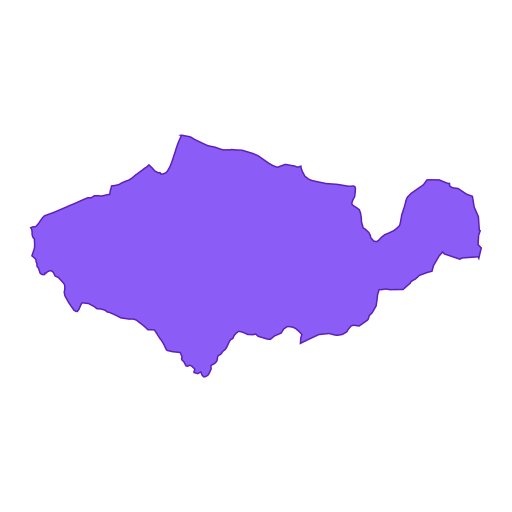 the district of Hulu Sungai Tengah, Kalimantan Selatan, Indonesia
{"feature_id": "22746128B20472072190374", "entity_name": "Hulu Sungai Tengah", "entity_type": "district", "adm_level": 2, "iso_a3": "IDN", "parent_name": "Indonesia", "parent_adm1": "Kalimantan Selatan", "projection": "natural_earth1", "projection_center": [115.446, -2.611], "detail": "fine", "context": "isolated", "style": "filled", "palette": "violet", "viewbox_px": 512, "rotation_deg": 0, "n_neighbors": 0, "source": "geoboundaries", "source_scale": "gbopen_adm2", "svg_char_len": 5160}
<svg xmlns="http://www.w3.org/2000/svg" viewBox="0 0 512 512"><path d="M180.9,135.3L181.4,135.5L179.8,139.1L178.2,142.7L177.1,145.8L176.5,147.6L176.2,148.5L175.4,151.1L172.5,160.0L171.2,163.6L170.7,164.7L170.2,166.2L167.2,171.6L166.2,172.4L165.9,172.6L165.6,172.8L164.0,173.7L162.6,174.0L161.8,174.0L160.9,174.2L160.3,172.9L159.9,172.7L159.1,172.7L157.9,172.8L157.0,172.1L156.9,172.0L156.6,172.0L156.4,171.8L155.5,171.4L154.8,170.9L153.9,170.0L153.5,169.5L152.1,167.9L148.9,164.9L146.8,166.9L144.4,168.4L141.9,170.4L139.0,172.5L137.0,174.1L136.0,174.6L132.3,177.8L128.9,180.1L125.9,181.1L121.9,182.8L118.9,184.6L114.3,185.6L111.6,185.9L111.1,187.9L110.8,189.0L110.4,190.2L110.2,191.0L109.8,194.3L108.9,194.5L106.8,194.8L104.0,195.5L100.8,196.1L99.4,195.8L97.7,195.7L96.9,195.7L94.2,195.8L93.2,196.5L91.5,197.6L89.9,197.8L88.0,197.7L84.0,199.3L74.9,203.4L70.0,205.4L66.4,207.0L54.3,212.2L44.5,215.8L43.5,216.8L43.2,217.1L42.4,217.8L42.3,218.1L41.3,219.5L40.3,220.8L39.4,222.2L38.9,223.1L38.3,223.8L37.9,224.2L36.7,225.7L35.8,226.5L34.0,226.9L33.0,226.8L31.7,227.3L30.7,227.7L31.1,228.3L31.8,229.9L32.1,232.0L32.1,234.6L32.7,236.6L33.2,237.8L34.3,238.7L34.6,243.5L34.6,245.6L34.6,246.6L34.6,246.9L34.5,247.5L34.3,248.8L33.4,251.4L31.9,255.8L32.0,255.9L34.2,257.7L35.8,259.3L36.2,262.1L36.8,263.1L37.1,266.6L38.3,267.7L38.4,268.1L38.7,268.9L39.0,269.7L40.1,273.1L40.7,273.6L40.9,273.8L41.6,274.2L42.4,274.6L43.3,274.6L44.0,274.5L44.5,274.5L44.5,274.4L44.8,274.4L44.8,273.4L45.3,272.8L46.3,273.0L47.3,271.8L49.2,271.0L51.0,270.6L53.3,272.3L55.1,276.0L57.7,277.2L58.3,277.4L62.8,282.3L64.0,283.7L64.7,285.4L64.8,287.4L64.8,288.8L64.5,290.8L64.2,292.4L64.3,292.9L64.8,295.0L64.9,295.8L68.8,302.8L74.0,310.3L76.1,311.4L77.3,311.5L78.9,309.4L81.4,303.7L82.3,302.8L88.2,303.5L88.5,303.5L94.8,306.9L96.6,308.6L101.3,309.1L103.3,309.6L105.5,310.5L106.9,311.8L107.9,312.1L109.5,312.4L111.6,313.4L113.5,314.1L114.0,314.4L116.2,315.4L120.9,317.9L125.9,318.6L129.3,319.1L131.8,319.0L133.9,319.2L134.0,319.2L136.5,320.2L139.8,322.8L141.6,324.1L144.5,326.5L147.9,329.7L153.3,329.8L154.6,330.2L159.9,338.5L161.4,340.3L163.7,344.1L163.8,344.3L166.3,349.7L166.4,349.8L167.4,350.5L172.6,351.7L172.8,351.7L180.2,352.5L182.1,356.9L181.9,357.5L181.7,358.0L181.6,358.9L181.8,359.8L183.1,361.0L184.2,362.3L185.8,365.6L186.2,365.9L187.3,366.3L188.3,365.9L188.5,365.8L189.0,365.5L190.3,365.4L191.8,366.2L194.8,369.1L194.7,369.7L194.4,370.7L194.1,371.4L193.9,372.0L194.1,372.6L194.6,372.7L196.1,373.1L197.4,373.6L197.6,373.6L200.9,372.0L202.0,375.0L203.6,376.8L205.0,376.8L206.0,376.3L207.7,375.4L209.1,373.5L210.2,371.0L211.1,369.1L211.0,367.1L210.9,366.3L211.0,365.8L211.1,365.6L212.0,364.8L213.4,364.2L214.3,363.6L215.4,362.8L216.4,361.6L217.0,360.5L217.4,359.0L217.4,357.8L217.4,357.6L218.2,355.6L219.4,355.0L220.8,354.2L223.1,351.1L223.7,350.6L225.1,349.6L226.7,347.3L229.3,341.6L229.9,340.6L230.9,339.4L232.1,339.0L233.0,338.2L234.2,335.4L236.2,333.2L238.5,331.4L240.2,331.6L241.6,331.9L243.9,332.7L247.8,334.5L250.6,334.6L253.2,334.7L253.8,334.5L255.7,334.0L258.1,336.3L267.4,339.1L270.4,339.3L274.7,335.8L281.1,333.1L283.8,328.9L287.3,326.6L289.1,326.6L292.4,327.1L295.3,328.3L297.4,330.0L299.6,332.0L300.8,333.4L301.2,333.7L301.9,334.4L300.9,337.5L300.4,343.4L308.9,339.2L318.7,334.6L324.0,334.0L329.2,333.5L334.3,334.9L337.0,335.3L341.2,334.7L343.1,334.1L346.8,331.8L348.2,329.4L351.2,325.9L353.8,325.2L359.1,326.0L367.4,320.2L368.4,318.8L369.2,315.7L372.2,312.7L376.1,305.9L376.9,300.7L377.5,295.0L379.1,289.7L381.6,289.6L383.2,289.4L384.6,289.2L385.5,289.0L390.5,289.7L392.7,289.6L393.0,289.6L403.0,289.5L406.6,286.3L410.2,283.2L411.0,281.6L412.0,281.0L412.1,280.8L415.5,279.0L416.7,277.8L416.8,277.7L417.0,277.6L417.5,277.2L417.7,276.9L418.4,276.3L419.3,275.4L427.2,272.5L432.0,271.2L433.5,265.6L439.2,255.8L442.7,252.0L444.3,253.9L459.8,259.2L462.4,257.8L463.0,257.9L478.1,256.8L478.8,258.3L480.4,251.5L481.3,248.0L478.1,244.6L478.6,235.4L480.2,230.7L479.3,230.1L478.4,216.7L474.2,207.1L472.4,196.3L466.4,194.1L458.1,188.5L452.6,187.8L449.7,186.1L449.5,183.4L448.0,183.5L439.2,179.9L429.2,179.8L427.0,179.9L425.0,182.6L424.9,182.8L423.7,184.4L422.1,185.8L420.5,186.8L418.8,188.0L416.5,189.6L411.1,193.4L407.3,197.3L405.8,200.9L405.5,202.7L405.1,204.2L404.6,206.1L404.0,208.0L403.3,210.0L401.7,215.1L400.5,222.0L400.0,224.3L399.4,225.8L396.4,228.6L393.7,230.7L389.1,232.9L384.7,234.7L381.3,237.4L379.0,240.0L376.7,241.6L374.0,241.2L372.3,239.5L370.7,237.5L370.3,235.3L368.8,232.5L365.2,229.1L363.2,228.0L361.5,221.9L361.3,217.9L360.5,213.0L359.3,209.7L356.9,207.9L354.1,206.2L352.0,204.5L351.9,202.8L352.8,200.2L354.7,196.3L355.3,191.4L355.4,188.6L354.9,186.7L353.5,186.0L351.5,186.2L348.2,186.2L337.6,184.4L331.1,183.9L325.8,183.5L312.2,180.6L308.9,179.3L304.9,176.3L302.1,171.0L301.0,167.5L300.9,166.2L300.0,166.4L297.8,167.2L294.4,166.0L285.3,164.4L285.0,164.5L277.2,167.3L272.8,165.5L268.9,163.3L258.0,155.7L252.9,153.5L242.0,150.2L237.0,150.0L236.7,150.0L231.3,149.5L230.9,149.8L223.3,149.9L221.4,149.4L220.2,149.0L215.1,147.2L207.9,145.7L202.2,143.1L194.7,139.5L190.8,137.1L189.5,136.7L181.5,135.2L180.9,135.3Z" fill="#8b5cf6" stroke="#5b21b6" stroke-width="1.5"/></svg>